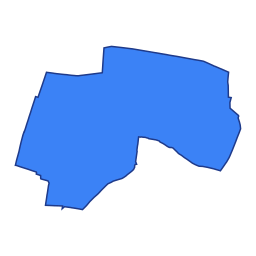 Melchor Ocampo, México, Mexico (Albers equal-area conic projection)
{"feature_id": "50627088B63143835112864", "entity_name": "Melchor Ocampo", "entity_type": "district", "adm_level": 2, "iso_a3": "MEX", "parent_name": "Mexico", "parent_adm1": "México", "projection": "albers", "projection_center": [-99.133, 19.708], "detail": "fine", "context": "isolated", "style": "filled", "palette": "blue", "viewbox_px": 256, "rotation_deg": 0, "n_neighbors": 0, "source": "geoboundaries", "source_scale": "gbopen_adm2", "svg_char_len": 3013}
<svg xmlns="http://www.w3.org/2000/svg" viewBox="0 0 256 256"><path d="M98.5,193.4L98.8,193.0L99.9,191.9L100.0,191.7L101.6,190.0L102.7,188.9L103.6,188.0L104.3,187.3L106.1,185.5L107.9,183.8L109.2,183.2L111.0,182.4L112.8,181.4L113.2,181.1L113.7,181.0L114.0,180.9L116.2,180.2L118.2,179.6L119.9,179.1L120.9,178.8L121.9,178.5L123.5,177.6L125.4,176.3L126.0,175.9L126.6,175.3L127.2,174.8L127.4,174.6L129.1,173.3L130.9,171.9L131.9,171.1L132.7,170.3L133.5,169.6L133.7,169.2L134.7,167.1L134.6,166.0L134.6,165.8L135.0,164.8L135.3,164.4L136.6,164.3L136.2,163.0L135.6,161.8L135.7,161.4L135.8,160.4L137.1,151.3L136.9,150.2L137.5,145.7L137.8,144.2L138.0,142.5L138.2,140.6L138.6,136.9L140.6,137.1L141.1,136.9L142.2,137.1L142.5,137.1L143.8,137.3L145.1,137.3L146.6,137.8L148.2,138.2L148.8,138.7L153.8,139.5L154.8,139.7L155.7,139.8L156.0,139.9L157.0,140.2L159.3,141.0L159.9,141.9L160.6,142.3L163.0,143.5L165.2,144.9L166.9,146.1L167.0,146.2L168.8,147.2L169.8,147.5L171.5,147.5L172.8,147.9L173.4,148.4L174.9,149.9L177.0,151.9L178.4,153.4L179.4,154.1L180.8,154.9L182.1,155.8L184.4,157.6L186.9,159.2L190.4,161.7L192.3,163.1L195.0,164.5L197.0,165.4L199.0,166.2L200.6,166.3L202.6,166.4L207.4,167.3L212.4,168.5L214.1,168.9L215.0,169.2L216.4,169.6L219.2,170.4L220.4,170.8L221.4,169.4L222.6,167.7L224.6,164.8L225.4,163.6L226.3,162.4L226.7,161.8L228.2,159.2L229.0,157.8L229.7,156.3L230.4,154.7L231.1,153.0L231.7,151.6L232.3,150.2L234.0,145.9L235.7,141.6L237.3,137.3L239.0,133.1L240.6,128.8L240.2,125.1L239.4,121.9L238.2,118.3L238.2,117.4L238.7,116.1L238.4,115.4L234.0,111.6L231.0,109.0L230.1,108.3L230.0,106.6L229.9,102.5L231.2,97.6L228.4,97.2L228.3,91.4L228.2,85.5L227.8,82.8L227.7,81.8L228.1,77.0L228.6,72.2L225.6,70.9L220.5,68.7L215.4,66.5L214.6,66.2L213.9,66.0L213.4,65.7L208.2,63.3L203.9,61.4L202.9,61.1L198.6,60.3L194.3,59.6L190.0,58.8L185.6,58.0L181.3,57.2L177.0,56.4L171.3,55.5L169.0,55.1L167.5,54.8L145.7,51.1L132.7,48.9L122.1,47.6L111.5,46.4L107.7,47.1L104.0,47.9L103.1,60.3L102.3,72.7L102.1,72.8L99.5,73.1L94.9,73.7L87.7,74.6L83.6,75.1L80.2,75.5L78.2,75.8L75.7,75.7L75.1,75.6L71.5,75.3L68.1,74.9L66.9,74.7L64.3,74.5L61.3,74.2L60.5,74.1L59.7,74.0L56.7,73.7L56.1,73.6L53.7,73.3L53.4,73.2L50.4,72.8L47.1,72.4L46.5,72.3L42.3,84.8L38.0,97.3L36.3,96.8L35.6,96.6L34.4,100.5L33.1,104.4L31.8,108.4L30.6,112.3L29.3,116.2L28.1,120.1L26.8,124.0L25.6,127.9L24.3,131.8L24.1,131.7L22.9,135.2L20.9,142.9L19.9,147.2L19.0,151.5L18.9,151.8L18.1,154.7L16.6,160.1L15.4,165.3L16.0,165.3L20.0,166.7L24.1,168.0L28.2,169.3L32.2,170.7L36.3,172.0L36.5,172.3L36.3,174.1L40.6,175.5L40.7,178.5L40.9,178.9L47.7,180.8L48.0,180.9L49.1,183.1L48.6,185.0L48.4,186.1L47.9,189.6L47.2,194.2L47.1,194.4L46.5,198.7L45.8,203.1L45.5,205.3L50.5,205.5L54.5,205.7L58.6,205.8L62.6,206.0L62.2,208.7L64.5,206.7L69.6,207.4L71.1,207.6L71.4,207.7L73.5,208.0L76.0,208.4L77.1,208.6L77.3,208.6L78.3,208.8L79.0,208.9L79.5,209.0L81.0,209.3L82.5,209.6L86.0,206.1L87.0,205.0L89.8,201.6L90.2,201.2L94.4,197.0L94.8,196.7L98.5,193.4Z" fill="#3b82f6" stroke="#1e3a8a" stroke-width="1.5"/></svg>